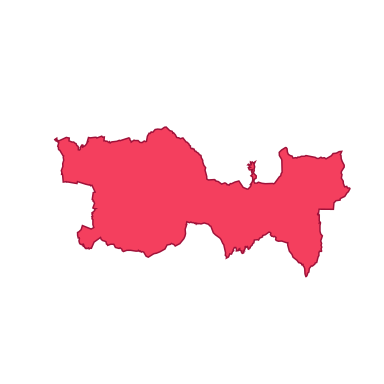 the district of Tismana, Gorj, Romania, rotated 110°
{"feature_id": "2599482B13244509072735", "entity_name": "Tismana", "entity_type": "district", "adm_level": 2, "iso_a3": "ROU", "parent_name": "Romania", "parent_adm1": "Gorj", "projection": "robinson", "projection_center": [22.909, 45.124], "detail": "fine", "context": "isolated", "style": "filled", "palette": "rose", "viewbox_px": 384, "rotation_deg": 110, "n_neighbors": 0, "source": "geoboundaries", "source_scale": "gbopen_adm2", "svg_char_len": 6069}
<svg xmlns="http://www.w3.org/2000/svg" viewBox="0 0 384 384"><g transform="rotate(110 192 192)"><path d="M190.2,339.3L189.5,338.2L190.6,337.1L190.3,336.5L191.3,334.1L195.0,333.8L195.8,332.7L197.3,332.2L197.9,331.5L198.0,330.5L202.1,325.5L202.1,325.0L203.4,324.9L206.0,323.4L209.6,323.2L212.1,322.1L216.7,322.1L217.9,321.1L219.9,320.6L219.5,320.0L220.7,319.2L226.7,316.4L225.3,313.7L225.6,313.4L225.0,311.9L223.4,303.0L221.4,303.2L221.0,294.3L220.6,291.0L220.1,290.5L220.8,289.4L219.9,288.3L225.2,283.0L226.3,284.6L233.2,283.2L233.5,282.1L234.4,281.8L234.3,281.3L235.9,279.7L240.9,279.7L241.1,278.3L240.7,276.9L241.5,277.6L242.2,277.1L243.9,277.6L245.6,278.8L246.2,278.0L246.8,278.5L248.7,277.1L249.5,277.7L250.4,276.7L251.4,276.8L251.8,275.7L256.5,274.0L259.0,272.1L261.3,274.1L261.0,283.5L265.3,283.3L268.1,284.7L269.2,285.7L272.0,284.6L274.1,283.2L273.6,282.3L274.4,281.8L276.6,281.5L278.4,280.3L279.1,279.4L279.2,278.1L278.2,276.2L278.9,275.6L279.5,276.2L279.7,275.4L280.2,275.4L280.0,274.6L281.0,273.7L280.9,272.6L281.4,272.5L281.1,271.3L279.9,270.1L280.7,269.2L279.5,268.3L279.3,267.3L272.6,266.9L266.0,262.4L267.7,261.0L268.2,259.0L268.0,257.5L268.2,255.8L270.2,254.5L270.2,253.7L271.0,253.0L268.8,250.4L267.9,247.6L270.3,245.0L270.0,241.2L269.1,240.5L269.8,238.3L271.0,237.5L271.4,236.1L269.1,233.3L267.8,229.8L266.7,224.3L265.8,222.2L265.2,222.3L265.7,220.6L265.2,220.5L265.7,218.9L265.0,218.3L265.0,216.8L268.0,213.2L268.2,210.8L263.1,206.8L261.6,204.4L259.2,201.7L254.8,197.9L250.3,197.3L248.5,194.3L247.4,193.8L247.5,191.1L248.5,189.3L244.7,185.8L238.7,183.7L236.1,183.5L233.4,183.8L229.3,185.7L225.6,185.8L224.8,186.3L224.4,185.8L223.3,186.5L221.7,186.6L221.7,183.8L220.6,182.8L220.8,181.5L220.2,179.9L220.6,178.9L220.0,178.0L220.8,177.1L219.7,176.7L219.9,175.6L219.3,174.8L218.9,172.6L216.9,169.9L216.7,165.4L217.7,163.8L217.7,162.6L223.0,158.0L224.2,155.4L225.7,150.1L226.7,148.5L229.8,145.5L230.7,144.1L237.6,139.7L240.2,139.0L240.9,137.4L242.4,137.1L240.6,135.5L237.1,135.3L237.0,133.9L236.7,133.6L234.1,133.5L232.9,132.8L232.4,133.5L229.7,133.2L229.2,131.9L230.7,130.6L232.2,130.2L231.2,128.4L229.8,128.5L228.9,127.8L230.4,127.1L230.5,125.4L231.6,125.0L232.5,123.8L232.2,123.3L231.3,122.6L230.0,123.6L229.4,122.5L228.7,123.1L227.3,122.7L225.1,123.3L224.8,122.8L225.5,122.2L224.3,121.2L226.4,119.7L226.4,119.1L225.4,119.1L224.6,118.2L223.3,118.4L221.3,117.3L219.6,117.3L218.6,116.5L215.8,117.0L214.4,114.1L214.4,113.0L212.3,112.7L210.1,110.4L208.7,110.7L207.1,108.5L203.4,106.0L203.2,105.1L203.7,103.8L205.3,103.7L206.3,102.0L206.0,101.2L206.2,100.1L205.5,99.2L206.0,97.5L208.2,97.1L208.7,96.2L208.7,94.0L207.4,91.0L207.3,85.6L206.9,84.7L209.2,83.9L214.3,80.3L216.5,76.6L218.7,74.8L220.3,70.0L221.9,67.6L221.5,66.6L221.9,65.9L221.7,64.7L222.8,64.0L222.2,62.9L223.0,62.7L224.2,60.9L225.6,59.8L230.3,57.8L232.5,56.1L232.2,55.6L230.2,55.3L229.1,55.7L227.3,54.8L223.7,55.6L220.7,54.6L220.4,53.5L217.7,51.9L216.5,51.9L215.6,50.7L210.2,51.3L208.3,51.0L205.7,52.0L204.1,51.9L203.6,50.2L203.2,50.0L201.3,51.2L199.4,51.2L197.9,52.5L196.0,52.6L194.0,54.3L188.6,54.5L187.4,56.7L185.1,58.3L179.7,60.3L177.0,60.7L176.7,61.0L177.5,61.8L176.2,61.9L175.5,62.6L170.2,64.5L170.4,65.2L170.1,65.7L170.6,66.7L169.6,65.8L169.5,66.4L169.1,66.4L169.1,65.7L164.7,66.7L159.9,53.2L153.7,54.9L150.9,53.7L149.0,50.1L147.4,50.4L143.8,46.9L140.0,46.1L138.3,45.2L134.9,44.7L134.4,45.3L135.0,47.3L133.8,48.5L134.9,50.4L132.2,52.7L130.1,53.6L127.9,56.4L124.3,57.0L123.3,58.2L121.5,58.6L116.6,57.5L114.7,58.2L111.9,61.3L109.6,63.2L106.7,64.5L106.2,65.4L102.6,65.2L103.7,67.5L106.1,69.6L107.6,72.6L110.2,73.4L115.0,77.4L114.5,79.3L115.6,81.4L115.2,82.7L117.1,84.4L117.7,86.2L117.3,88.0L118.8,97.4L119.9,98.4L121.0,101.4L122.7,103.2L122.9,104.4L124.2,105.1L124.2,106.2L125.6,108.6L124.0,110.3L124.2,111.9L123.7,114.3L122.0,115.9L118.8,117.5L118.1,118.6L118.3,119.4L121.9,122.2L124.9,123.6L127.8,122.4L130.6,119.0L131.8,118.3L142.6,114.1L144.1,114.5L146.5,114.2L147.8,115.1L155.7,117.4L156.4,118.3L156.4,119.2L159.1,125.9L159.9,129.3L160.1,133.0L161.4,133.9L162.2,136.1L160.8,137.6L158.6,137.7L157.1,136.5L154.9,137.1L153.4,140.3L152.6,140.9L150.6,140.8L149.6,141.4L146.9,141.7L144.7,143.2L142.1,143.0L143.8,144.3L143.2,145.7L144.1,146.0L143.8,147.3L144.9,146.9L145.6,145.8L146.5,145.9L146.8,147.1L146.6,148.5L147.4,148.8L147.2,147.9L148.3,147.0L148.9,145.6L149.9,147.3L151.5,145.8L151.5,145.2L150.3,143.0L152.7,142.5L152.1,142.8L151.9,143.2L152.2,143.2L154.7,141.3L156.6,142.2L157.1,140.3L159.9,139.0L162.1,138.9L164.4,139.5L164.1,139.1L164.4,138.9L166.8,138.9L170.0,140.3L170.4,141.2L170.2,145.5L165.6,151.7L168.1,155.2L170.7,157.7L171.0,158.9L172.9,159.5L172.8,160.8L173.2,161.5L172.4,162.4L172.2,164.2L174.4,166.9L173.2,170.9L173.5,173.3L172.8,174.1L173.0,174.9L172.7,175.3L175.1,180.7L174.7,182.6L172.3,183.5L166.9,187.3L164.5,187.5L162.9,190.0L160.1,192.2L158.5,192.8L156.6,195.0L154.6,196.1L154.4,197.9L153.4,199.1L152.9,201.7L152.4,202.1L152.5,203.5L151.0,204.7L151.2,205.5L150.8,206.2L151.2,206.6L151.4,207.7L150.3,208.9L149.3,209.2L148.9,210.5L147.9,211.4L146.9,213.7L147.0,214.7L144.3,219.0L145.9,221.3L145.6,222.8L146.0,225.1L144.1,227.0L142.7,229.5L143.2,230.1L141.8,231.3L141.9,234.0L139.8,238.5L140.6,240.0L143.7,242.2L144.6,245.7L145.9,248.0L149.1,249.2L149.6,250.1L149.5,250.9L151.3,251.4L151.4,252.4L154.8,253.0L160.0,252.1L160.6,253.0L160.4,254.3L162.6,255.8L163.2,257.9L162.1,260.2L163.2,263.4L163.1,264.2L165.9,266.2L165.0,266.8L164.1,268.3L163.0,268.8L162.7,269.8L168.4,277.2L168.3,278.0L170.0,279.9L172.4,284.6L173.8,285.6L173.0,286.6L173.9,286.9L173.3,289.4L173.9,290.4L173.6,291.8L173.9,292.3L170.3,293.2L171.1,294.8L170.4,295.9L173.8,299.9L173.4,300.5L173.6,301.5L175.9,306.1L176.2,307.9L180.8,307.6L180.5,307.1L183.0,307.6L184.9,308.2L187.9,310.6L185.9,310.0L185.2,310.7L185.6,311.6L188.6,312.2L189.9,311.6L191.0,312.0L191.2,313.3L188.8,314.1L188.0,314.9L187.7,316.2L186.2,317.5L186.1,318.9L185.5,320.2L186.1,321.7L186.0,325.1L183.3,325.8L183.7,328.8L189.5,334.6L189.3,336.7L187.7,337.5L190.2,339.3Z" fill="#f43f5e" stroke="#9f1239" stroke-width="1.5"/></g></svg>